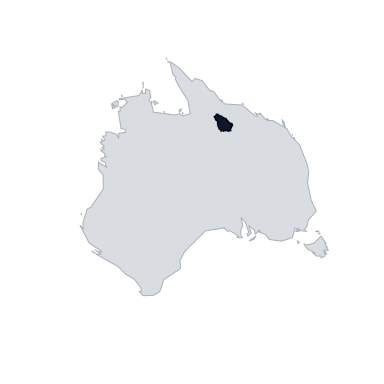 Flinders (Qld), Queensland, Australia shown in context, rotated 327°
{"feature_id": "25037944B81088097646541", "entity_name": "Flinders (Qld)", "entity_type": "district", "adm_level": 2, "iso_a3": "AUS", "parent_name": "Australia", "parent_adm1": "Queensland", "projection": "equal_earth", "projection_center": [144.245, -20.889], "detail": "fine", "context": "in_parent", "style": "filled", "palette": "ink", "viewbox_px": 384, "rotation_deg": 327, "n_neighbors": 0, "source": "geoboundaries", "source_scale": "gbopen_adm2", "svg_char_len": 5991}
<svg xmlns="http://www.w3.org/2000/svg" viewBox="0 0 384 384"><g transform="rotate(327 192 192)"><path d="M248.7,80.4L252.2,99.5L256.4,98.5L261.2,104.2L262.0,115.8L264.9,119.8L265.5,130.5L267.6,136.1L281.3,146.3L286.6,163.1L288.2,164.0L288.5,161.0L291.5,164.0L292.0,162.5L293.1,171.0L294.8,173.5L298.7,176.1L306.0,190.2L305.5,199.6L308.0,210.8L303.6,231.5L300.7,238.9L293.9,247.3L287.5,263.7L285.8,275.8L274.6,278.7L269.1,283.9L265.6,284.4L266.6,287.3L261.2,283.0L262.0,282.0L261.7,280.9L260.7,280.9L258.9,282.7L257.6,281.6L259.8,279.8L258.5,278.5L251.3,285.0L239.9,281.8L230.9,273.8L230.5,267.6L226.2,261.9L228.0,262.1L227.9,260.4L222.0,262.1L223.7,257.8L221.2,251.6L219.2,258.7L214.8,259.4L215.4,257.0L217.5,257.0L220.2,247.3L219.2,239.9L216.4,247.7L212.0,250.6L209.2,255.2L209.7,257.5L208.0,257.2L205.0,254.6L206.8,254.6L205.3,250.1L202.4,244.9L200.1,244.2L199.5,239.7L182.0,231.9L153.3,237.9L144.4,243.1L140.8,249.8L120.7,250.2L110.6,258.0L103.2,257.6L94.3,252.2L93.6,246.8L95.7,247.7L97.1,244.5L96.0,233.4L91.7,225.0L89.4,214.3L77.8,191.9L81.8,194.3L78.9,187.4L80.9,191.5L83.8,192.7L78.0,178.5L79.9,158.8L81.0,163.4L83.9,158.3L94.9,149.2L99.0,149.7L119.4,141.0L126.7,129.3L125.9,121.6L129.9,116.0L133.7,124.6L135.3,119.8L132.9,116.5L133.5,114.4L140.4,115.8L138.3,114.9L139.6,111.6L138.2,108.6L141.9,108.2L140.5,105.9L143.6,105.6L142.4,102.4L145.0,98.7L145.2,100.9L147.3,100.6L147.4,96.5L150.5,98.0L152.4,94.7L155.7,97.0L160.3,102.7L159.6,107.3L162.5,102.9L168.8,105.8L170.0,103.3L167.2,99.8L174.2,84.2L175.7,85.2L178.1,81.3L179.0,83.0L186.6,81.7L186.3,77.9L181.2,75.2L182.0,74.2L200.3,82.3L205.6,79.4L204.3,82.4L206.6,84.1L209.3,80.4L211.7,83.5L208.9,90.5L205.8,91.2L206.0,96.2L203.1,104.0L219.8,118.3L224.3,119.7L225.7,123.1L233.1,125.4L238.4,113.1L238.6,95.1L239.5,88.3L241.3,86.7L239.9,83.6L244.4,70.4L248.7,80.4ZM257.6,298.0L266.0,301.4L276.1,299.2L276.5,308.6L275.9,306.9L274.9,308.9L274.5,315.1L271.0,312.6L268.7,318.1L264.4,317.7L265.3,316.1L261.5,313.5L260.1,308.7L261.7,309.6L257.8,302.9L257.6,298.0ZM172.6,74.3L177.9,74.3L179.5,76.2L176.1,80.2L172.6,74.3ZM213.1,264.1L221.7,263.8L218.0,265.4L213.1,264.1ZM210.5,95.1L211.6,99.0L208.3,98.4L208.8,95.6L210.5,95.1ZM305.5,188.6L305.4,184.3L306.8,180.8L307.2,183.3L305.5,188.6ZM273.8,292.4L276.6,293.2L276.7,294.5L273.8,292.4ZM172.1,75.4L174.0,79.3L170.7,79.0L172.1,75.4ZM254.5,293.0L252.9,292.6L253.8,290.4L254.5,293.0ZM228.3,116.7L226.7,117.8L225.1,118.5L225.9,116.3L228.3,116.7ZM77.7,190.9L76.3,188.8L76.0,186.9L77.7,190.9ZM276.0,295.8L277.1,296.7L275.0,295.9L276.0,295.8ZM294.2,171.5L295.4,171.5L295.3,173.4L294.2,171.5ZM265.9,130.4L267.3,131.5L267.1,132.2L265.9,130.4ZM270.9,315.9L271.0,317.4L269.9,316.9L270.9,315.9ZM307.2,201.2L307.3,203.5L307.1,203.5L307.2,201.2ZM186.0,74.1L185.1,73.0L185.6,72.5L186.0,74.1ZM210.4,74.3L209.2,76.3L210.6,72.8L210.4,74.3ZM307.5,198.4L306.9,199.2L307.3,198.4L307.5,198.4ZM212.7,109.9L212.0,110.3L212.4,109.4L212.7,109.9ZM207.9,95.0L207.0,95.2L207.5,94.0L207.9,95.0ZM87.5,149.3L87.3,150.8L86.9,150.7L87.5,149.3ZM242.9,69.5L242.8,70.8L242.5,69.9L242.9,69.5ZM260.7,281.5L260.9,282.2L260.6,282.0L260.7,281.5ZM208.8,76.8L207.1,78.2L208.9,76.5L208.8,76.8ZM142.5,100.5L141.9,101.4L142.2,100.3L142.5,100.5ZM271.5,314.8L271.0,315.1L271.3,314.5L271.5,314.8ZM227.6,121.2L226.6,121.2L227.1,120.4L227.6,121.2ZM139.2,107.5L138.7,108.0L138.7,106.8L139.2,107.5ZM275.6,311.6L274.8,312.0L275.1,311.2L275.6,311.6ZM243.5,65.9L243.3,66.8L242.8,66.3L243.5,65.9ZM260.3,282.4L261.0,283.1L259.8,282.9L260.3,282.4ZM283.0,146.3L282.4,146.3L282.6,145.3L283.0,146.3ZM288.0,160.8L287.6,160.8L287.9,160.1L288.0,160.8ZM257.9,296.8L257.7,297.4L257.5,296.7L257.9,296.8Z" fill="#d9dde1" stroke="#a8b0b8" stroke-width="1"/><path d="M262.5,157.4L262.6,156.4L262.1,156.3L262.1,155.5L261.5,155.4L261.5,155.5L261.4,155.5L261.0,155.5L261.0,155.4L261.1,155.2L261.0,154.7L260.9,154.5L260.9,154.3L260.9,154.1L260.9,153.8L260.9,153.3L260.7,153.2L260.7,152.8L260.5,152.6L260.4,152.4L260.7,152.4L260.8,151.7L260.4,151.7L260.4,151.1L260.5,149.8L260.5,149.0L260.0,149.0L260.0,148.9L259.9,148.8L259.8,148.7L259.7,148.6L259.6,148.4L259.5,148.2L259.5,147.9L259.4,147.9L259.3,147.7L259.2,147.7L259.2,147.8L259.2,147.7L258.9,147.6L258.9,147.4L259.0,147.4L258.9,147.3L258.9,147.0L258.4,146.7L258.5,146.4L258.5,146.2L258.4,146.2L258.4,145.9L258.5,145.9L258.5,145.7L258.4,145.4L258.1,145.1L258.1,144.9L258.1,144.6L257.5,144.5L257.5,144.3L257.3,143.8L257.2,144.0L256.9,143.7L256.5,143.7L256.5,143.8L256.4,143.8L256.1,143.9L256.1,143.7L255.9,143.6L256.0,142.7L256.1,141.5L256.1,141.4L256.1,141.0L255.7,140.8L255.4,140.8L255.3,140.7L255.3,140.8L255.2,140.8L255.0,141.0L254.9,141.1L254.8,140.9L254.7,140.9L254.6,140.7L254.4,140.7L254.3,140.8L254.2,140.8L254.0,140.7L253.9,140.7L253.9,140.8L253.7,141.0L253.4,141.1L253.2,141.2L252.8,141.2L252.6,141.2L252.4,141.1L252.2,140.9L251.8,140.9L251.6,142.8L251.5,144.3L251.3,144.3L251.3,145.2L251.9,145.9L252.1,145.7L252.4,146.1L251.9,146.6L252.4,147.3L252.3,147.5L252.2,147.4L252.2,147.5L252.0,147.8L251.9,147.8L251.7,147.8L251.4,147.9L251.4,148.0L251.2,148.0L250.9,148.2L250.9,148.3L250.7,148.4L250.7,148.5L250.6,148.8L250.9,148.9L251.0,148.9L250.9,149.3L250.9,149.8L250.7,150.2L250.4,150.2L250.4,150.3L250.3,150.6L249.8,150.5L249.7,151.3L249.6,153.0L249.3,153.0L249.3,153.3L249.3,153.7L249.2,154.3L249.9,154.4L249.8,155.8L249.8,156.4L249.7,156.7L249.9,156.7L250.4,156.8L250.4,156.7L250.9,156.8L251.6,156.9L251.6,157.4L251.5,158.1L251.9,158.2L252.4,158.2L253.2,158.3L253.3,158.3L253.9,158.4L253.9,158.9L254.0,158.9L254.3,158.9L254.7,159.0L254.7,159.3L254.7,159.6L255.2,159.7L255.2,159.9L255.2,160.0L256.1,160.2L256.0,160.4L256.0,160.6L255.9,160.9L256.5,161.0L256.8,161.2L257.3,161.2L257.5,161.2L257.8,161.3L257.8,161.2L257.9,161.3L258.0,160.8L258.0,160.4L258.3,160.0L259.1,160.1L259.1,159.9L259.1,159.5L259.2,159.1L259.9,159.2L259.9,158.9L260.3,158.9L260.4,158.2L260.9,158.1L260.9,158.3L261.3,158.4L261.9,158.5L261.9,157.9L262.0,157.3L262.5,157.4Z" fill="#0f172a" stroke="#020617" stroke-width="1.5"/></g></svg>